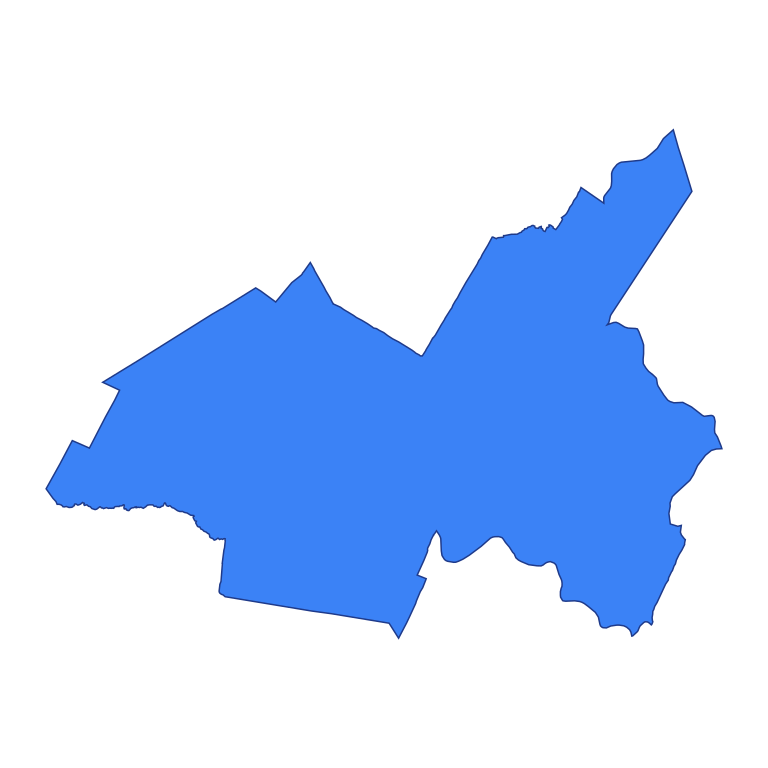 Lugoj, Timis, Romania (Albers equal-area conic projection)
{"feature_id": "2599482B71711166476892", "entity_name": "Lugoj", "entity_type": "district", "adm_level": 2, "iso_a3": "ROU", "parent_name": "Romania", "parent_adm1": "Timis", "projection": "albers", "projection_center": [21.931, 45.705], "detail": "fine", "context": "isolated", "style": "filled", "palette": "blue", "viewbox_px": 768, "rotation_deg": 0, "n_neighbors": 0, "source": "geoboundaries", "source_scale": "gbopen_adm2", "svg_char_len": 6095}
<svg xmlns="http://www.w3.org/2000/svg" viewBox="0 0 768 768"><path d="M631.8,636.1L632.7,635.9L637.3,631.7L638.0,630.7L639.3,627.4L640.2,625.8L643.8,622.5L645.0,621.8L647.3,621.9L648.2,622.3L649.5,623.2L651.3,624.9L651.8,624.4L652.6,622.5L652.8,621.4L652.4,620.6L652.1,617.6L652.7,614.1L652.8,611.5L653.2,610.5L653.7,609.7L654.7,606.4L657.0,602.6L665.6,584.1L668.3,580.1L668.6,577.8L671.5,571.8L672.4,570.6L674.0,566.1L675.4,563.9L676.4,560.1L679.1,554.5L681.8,550.2L684.6,544.6L684.6,543.1L685.3,539.6L684.5,539.0L681.4,535.0L680.4,532.2L681.3,525.4L677.8,526.3L670.3,524.0L668.9,513.4L670.2,506.3L670.0,503.1L672.3,496.7L675.3,493.7L689.9,480.3L693.5,474.6L697.5,465.7L705.4,455.3L711.4,450.4L716.3,449.0L721.9,448.7L720.9,445.6L717.4,436.9L714.8,432.9L714.5,429.5L715.1,421.4L714.2,417.3L713.1,416.0L711.9,415.5L710.4,415.5L704.2,416.3L702.4,415.4L691.6,407.0L682.8,402.4L673.9,402.8L669.9,401.5L667.7,400.1L663.9,395.2L658.2,386.3L657.4,384.3L656.5,378.8L656.0,377.8L652.9,374.8L648.6,371.4L646.0,368.2L643.3,363.8L643.1,359.5L643.6,353.9L643.6,345.0L642.4,341.0L638.9,331.8L637.4,328.9L635.5,328.5L628.1,328.1L624.8,327.1L618.6,323.3L616.1,322.3L613.7,322.5L607.2,324.8L608.8,322.7L610.4,315.9L611.1,314.5L691.9,191.4L684.0,165.4L678.3,147.6L673.3,129.8L663.5,138.5L657.3,148.4L649.5,155.3L646.1,157.9L642.8,159.6L640.5,160.3L621.3,162.2L619.3,163.0L617.0,164.5L613.5,168.7L612.2,171.3L611.6,173.6L611.7,181.4L611.3,185.7L610.4,188.2L604.7,195.5L604.0,196.8L603.7,198.1L603.8,203.2L581.0,187.5L579.4,191.7L578.6,192.1L576.8,196.8L573.9,200.4L572.2,204.2L569.8,207.2L568.6,210.0L566.6,213.5L565.2,215.0L561.5,217.7L562.5,219.2L561.5,221.4L559.6,224.2L559.5,224.7L555.8,229.6L553.2,228.1L553.2,227.1L551.3,225.6L550.2,225.0L549.1,224.9L548.8,225.1L549.3,226.0L549.3,226.3L548.0,227.6L547.3,227.3L546.9,227.5L545.1,231.5L543.7,231.0L543.1,230.4L542.5,228.8L541.2,228.4L541.4,227.0L541.2,226.4L539.1,227.2L538.5,228.3L535.5,228.0L534.8,227.0L534.7,226.1L533.4,225.7L533.1,225.4L531.9,225.6L530.2,226.8L529.3,226.8L527.7,227.4L527.1,228.4L526.7,228.7L524.7,228.7L524.1,229.9L522.0,231.2L521.4,232.3L520.1,232.6L517.2,234.2L511.3,234.3L504.7,235.6L503.6,235.6L503.6,236.7L503.4,237.2L498.2,237.7L496.7,238.3L496.3,238.7L493.0,237.1L492.2,237.1L487.8,245.3L482.3,254.5L480.7,258.0L478.9,260.4L477.2,264.1L465.9,282.5L460.0,292.9L457.5,297.8L455.3,301.0L452.9,305.2L451.8,308.0L450.7,309.4L445.2,318.1L444.4,319.8L441.2,324.9L435.3,335.2L433.1,337.9L432.7,338.0L429.5,344.1L426.1,349.6L425.6,350.8L422.3,355.9L420.3,355.9L419.2,354.9L415.5,353.0L415.0,352.4L412.2,350.3L398.8,342.0L392.6,338.8L387.7,335.6L383.8,332.6L379.4,330.4L376.5,328.6L373.5,328.0L372.2,326.9L367.5,323.7L361.8,320.3L356.4,317.5L353.5,315.4L343.8,309.6L340.5,307.2L333.2,303.9L333.3,303.7L332.4,302.5L330.0,297.7L325.8,290.7L324.2,287.5L314.7,270.8L313.8,268.7L310.3,262.5L303.7,271.8L302.5,273.2L302.2,274.1L301.2,275.2L291.8,282.6L275.7,302.0L261.0,291.2L255.7,287.9L222.5,308.5L220.8,309.2L212.0,314.3L138.6,360.3L102.7,382.3L119.6,390.2L114.7,400.2L105.5,416.9L89.4,448.1L72.3,440.6L59.8,464.2L46.1,488.8L53.1,498.5L56.0,501.6L57.1,504.3L59.2,504.3L61.3,505.0L62.6,506.1L62.9,506.7L64.3,506.9L66.3,506.5L69.1,507.5L71.7,507.3L72.7,506.9L73.3,506.1L74.4,505.6L74.4,504.5L74.7,504.1L76.0,504.0L77.7,505.1L78.4,505.0L80.5,504.2L82.5,502.5L83.1,503.0L83.9,503.0L84.3,503.4L83.9,504.6L84.4,505.4L86.8,504.8L88.6,506.3L90.3,506.7L91.8,508.5L95.1,509.6L96.8,509.1L99.8,506.8L100.5,506.9L101.4,507.9L102.4,507.9L103.5,508.6L106.5,507.6L108.4,508.4L109.5,508.2L111.9,508.3L113.0,508.1L113.5,508.3L114.0,508.0L114.2,507.4L114.7,506.9L115.3,506.6L118.2,506.4L119.0,506.6L119.6,506.0L122.0,505.8L123.3,504.8L123.9,504.8L124.3,505.2L123.9,507.6L124.1,508.8L124.4,509.0L125.1,508.7L125.9,508.8L126.2,509.6L126.7,509.8L126.9,510.2L128.2,510.6L129.0,510.5L130.7,508.5L132.4,507.8L133.8,507.7L135.2,506.9L136.0,507.7L136.4,506.9L137.3,507.5L138.2,507.2L139.2,507.5L141.0,507.2L143.3,508.3L145.7,506.8L147.4,505.2L149.8,504.8L152.7,504.9L153.3,505.2L153.9,506.1L154.8,506.4L156.1,506.2L157.6,507.4L158.9,507.2L159.4,507.5L160.3,507.3L160.7,507.2L161.1,506.5L163.1,505.9L164.5,503.0L165.0,502.9L165.5,503.3L166.1,505.0L167.1,506.0L168.5,506.3L169.5,505.7L170.3,505.9L172.2,507.7L173.6,508.0L177.5,510.7L179.8,511.5L182.7,511.5L184.3,512.4L187.1,513.0L190.7,515.2L193.7,515.5L194.1,516.2L193.2,517.0L193.2,517.7L194.8,520.8L196.4,521.3L195.7,522.9L197.5,526.3L198.4,526.9L199.8,527.0L200.8,529.0L202.5,529.7L203.9,531.2L206.2,532.1L207.7,533.4L208.8,533.8L209.5,535.1L209.7,536.8L210.1,537.4L211.0,537.9L212.9,538.6L214.0,540.0L214.4,540.1L215.7,539.7L217.9,538.2L218.3,538.3L219.5,539.5L221.2,538.9L222.7,539.4L223.7,538.7L224.7,538.6L225.2,538.8L225.0,540.2L225.3,540.7L224.5,547.9L223.9,550.2L222.2,563.5L222.4,563.6L221.0,581.4L219.9,584.3L219.1,591.2L219.4,592.5L220.0,593.3L221.4,594.3L223.1,594.9L225.1,596.7L311.5,611.0L331.4,613.7L389.1,623.2L398.6,638.2L406.6,622.9L409.5,616.8L415.6,603.6L416.5,600.7L420.3,591.6L422.7,587.7L425.7,580.1L426.2,578.7L417.2,575.1L423.8,560.6L427.2,552.3L427.7,550.3L427.5,549.1L427.7,548.0L429.8,543.9L431.1,539.8L432.8,536.4L433.7,535.1L433.5,534.9L434.8,533.4L436.5,530.8L439.3,535.0L440.4,537.3L440.8,538.9L441.3,550.9L442.0,555.4L442.7,556.7L444.5,559.5L446.1,560.7L447.7,561.3L453.7,562.3L455.8,562.2L458.6,561.2L462.9,559.2L469.3,555.2L481.2,546.3L490.5,538.1L492.7,537.1L494.7,536.7L498.5,536.6L500.3,537.0L502.1,537.7L503.2,539.0L505.5,542.5L509.4,547.1L512.7,552.3L514.2,553.8L515.9,557.8L518.4,560.0L521.1,561.5L528.7,564.7L537.0,565.8L541.1,565.9L543.3,564.9L544.7,563.7L546.6,562.5L548.6,561.9L550.3,561.6L554.0,563.0L555.3,564.1L556.2,565.3L559.0,574.4L561.2,579.2L561.8,580.9L562.1,583.4L562.0,586.3L561.2,588.3L560.4,591.6L560.4,595.3L560.6,597.2L562.3,600.1L562.9,600.8L565.6,601.2L574.6,600.8L579.7,601.5L582.0,602.3L584.4,603.6L587.9,606.2L595.4,612.4L598.4,617.1L599.9,624.2L600.5,625.9L601.8,627.1L603.0,627.7L606.4,627.9L610.8,626.0L616.9,625.1L619.2,625.1L623.8,625.8L626.7,627.2L629.6,629.7L630.9,632.1L631.8,636.1Z" fill="#3b82f6" stroke="#1e3a8a" stroke-width="1.5"/></svg>